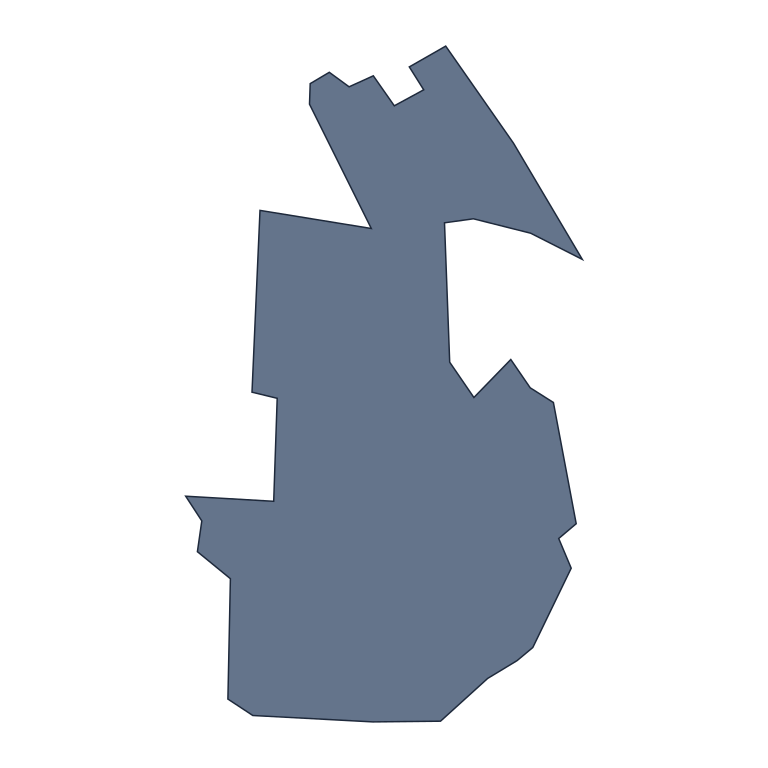 outline of Arnasay, Jizzakh, Uzbekistan
{"feature_id": "79887680B99021392156444", "entity_name": "Arnasay", "entity_type": "district", "adm_level": 2, "iso_a3": "UZB", "parent_name": "Uzbekistan", "parent_adm1": "Jizzakh", "projection": "equal_earth", "projection_center": [67.818, 40.546], "detail": "fine", "context": "isolated", "style": "filled", "palette": "slate", "viewbox_px": 768, "rotation_deg": 0, "n_neighbors": 0, "source": "geoboundaries", "source_scale": "gbopen_adm2", "svg_char_len": 593}
<svg xmlns="http://www.w3.org/2000/svg" viewBox="0 0 768 768"><path d="M227.9,699.1L252.8,715.5L372.8,721.9L440.5,721.2L487.7,678.4L517.1,660.6L532.8,647.5L571.2,568.2L558.7,538.5L576.2,523.7L553.4,402.5L530.2,387.8L510.8,359.5L473.9,397.5L449.7,362.2L444.5,222.8L473.4,218.8L530.6,233.2L582.3,259.4L513.5,143.2L445.7,46.1L409.3,66.9L423.7,89.8L394.3,105.8L373.3,75.8L349.1,86.8L329.3,72.3L310.2,83.6L309.5,104.2L371.3,228.5L260.0,210.4L252.0,392.2L277.2,398.3L273.7,501.3L185.7,496.2L201.8,520.9L197.4,551.7L230.4,578.7L227.9,699.1Z" fill="#64748b" stroke="#1e293b" stroke-width="1.5"/></svg>